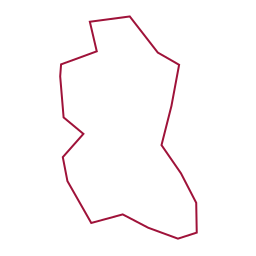 Incukalna, Mercator projection, rotated 89°
{"feature_id": "LVA-5762", "entity_name": "Incukalna", "entity_type": "Municipality", "adm_level": 1, "iso_a3": "LVA", "parent_name": "Latvia", "parent_adm1": "", "projection": "mercator", "projection_center": [24.652, 57.103], "detail": "fine", "context": "isolated", "style": "outline", "palette": "rose", "viewbox_px": 256, "rotation_deg": 89, "n_neighbors": 0, "source": "natural_earth", "source_scale": "10m", "svg_char_len": 402}
<svg xmlns="http://www.w3.org/2000/svg" viewBox="0 0 256 256"><g transform="rotate(89 128 128)"><path d="M116.3,192.2L75.2,194.9L63.2,193.8L50.8,157.9L21.1,164.3L16.5,124.3L53.1,96.9L65.7,75.8L106.8,84.2L145.7,94.8L174.3,75.8L204.0,61.1L233.8,61.1L239.5,80.0L228.1,109.5L214.3,134.8L222.3,166.4L180.0,189.5L156.0,193.7L133.1,172.7L116.3,192.2Z" fill="none" stroke="#9f1239" stroke-width="2"/></g></svg>